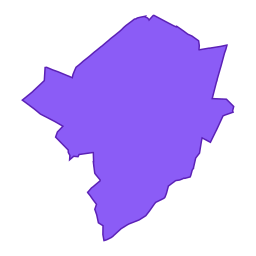 Stende, Talsi, Latvia (Albers equal-area conic projection)
{"feature_id": "27541924B78924471245845", "entity_name": "Stende", "entity_type": "district", "adm_level": 2, "iso_a3": "LVA", "parent_name": "Latvia", "parent_adm1": "Talsi", "projection": "albers", "projection_center": [22.538, 57.141], "detail": "fine", "context": "isolated", "style": "filled", "palette": "violet", "viewbox_px": 256, "rotation_deg": 0, "n_neighbors": 0, "source": "geoboundaries", "source_scale": "gbopen_adm2", "svg_char_len": 2357}
<svg xmlns="http://www.w3.org/2000/svg" viewBox="0 0 256 256"><path d="M190.2,176.9L190.9,175.0L192.2,170.1L193.5,168.2L193.4,168.1L195.7,158.0L199.5,153.1L201.4,141.3L202.1,137.9L210.4,142.3L215.8,131.3L216.0,130.9L216.2,130.6L221.4,119.4L223.0,115.9L225.1,115.0L233.1,112.2L232.6,110.9L233.7,106.5L226.4,99.2L212.2,98.6L216.5,81.8L216.6,81.7L217.1,80.1L217.1,79.9L217.4,78.5L221.1,65.7L224.5,53.1L225.8,49.5L226.8,45.8L227.0,45.1L226.8,45.1L220.7,46.4L210.6,48.0L209.4,48.3L209.2,48.1L199.3,49.8L199.1,49.8L199.0,49.3L199.3,45.6L198.6,40.8L191.9,36.0L187.8,34.2L183.4,30.9L177.9,27.1L177.2,26.6L176.6,26.3L176.3,26.9L173.7,25.8L167.0,22.3L154.0,15.4L153.7,15.4L153.4,15.4L152.9,15.8L149.1,20.0L149.0,19.7L148.8,19.5L148.4,19.0L148.0,18.5L147.7,18.2L147.3,17.9L146.9,17.6L146.4,17.4L145.7,17.1L145.0,16.8L145.2,16.5L145.4,16.2L144.5,16.4L140.9,17.1L137.2,18.0L136.1,18.8L134.4,19.1L131.6,21.3L126.1,25.4L123.8,27.4L123.4,27.8L121.3,29.9L119.5,31.5L117.4,33.2L115.2,35.0L112.9,36.8L111.5,37.9L110.6,38.6L108.5,40.5L106.3,42.3L104.1,44.2L102.0,46.0L101.0,46.7L98.8,48.5L96.6,50.3L94.3,52.1L92.2,53.9L90.0,55.8L87.8,57.6L85.5,59.4L83.2,61.2L81.1,63.1L79.0,64.9L76.1,67.2L75.7,68.0L74.4,71.0L73.3,73.7L73.0,74.4L72.3,77.7L58.1,71.8L52.5,69.8L46.6,67.3L45.1,67.5L44.3,80.6L42.7,82.1L40.6,84.1L33.8,90.5L32.5,91.8L22.3,100.1L34.3,109.0L38.9,112.8L39.2,113.1L40.5,114.1L54.6,121.4L62.9,126.2L61.8,127.4L57.4,132.0L55.6,137.1L68.2,150.0L68.3,152.5L69.9,155.4L69.6,159.8L73.7,156.3L78.0,156.7L79.1,154.5L92.3,152.6L93.3,152.6L93.6,161.8L93.3,161.8L93.4,162.5L93.9,166.7L94.0,167.3L94.7,172.8L94.9,173.5L95.3,174.0L95.9,174.8L99.2,178.8L99.8,179.5L100.0,179.7L100.1,180.0L100.1,180.5L100.1,180.8L93.0,186.8L91.4,188.0L90.3,189.3L87.8,192.2L87.6,192.3L87.7,192.6L90.4,195.9L90.6,196.3L92.7,199.3L94.8,202.1L96.5,204.3L94.8,209.3L96.7,214.8L98.4,222.8L103.0,225.7L102.9,234.6L103.7,239.1L103.8,239.7L103.9,240.3L104.0,240.6L106.6,239.8L111.1,237.6L112.8,236.4L113.7,235.5L114.2,235.0L114.7,234.6L116.0,233.4L116.3,233.1L121.1,228.7L127.2,224.9L128.8,224.0L139.2,219.9L145.8,215.7L148.9,211.7L149.3,211.2L154.5,203.8L155.8,202.3L163.5,198.5L164.5,197.8L165.0,197.1L166.3,193.7L166.5,193.1L168.4,186.0L168.5,186.0L171.5,183.7L175.4,180.8L175.7,180.6L179.6,180.0L182.2,179.0L183.6,178.3L185.0,178.3L190.2,176.9Z" fill="#8b5cf6" stroke="#5b21b6" stroke-width="1.5"/></svg>